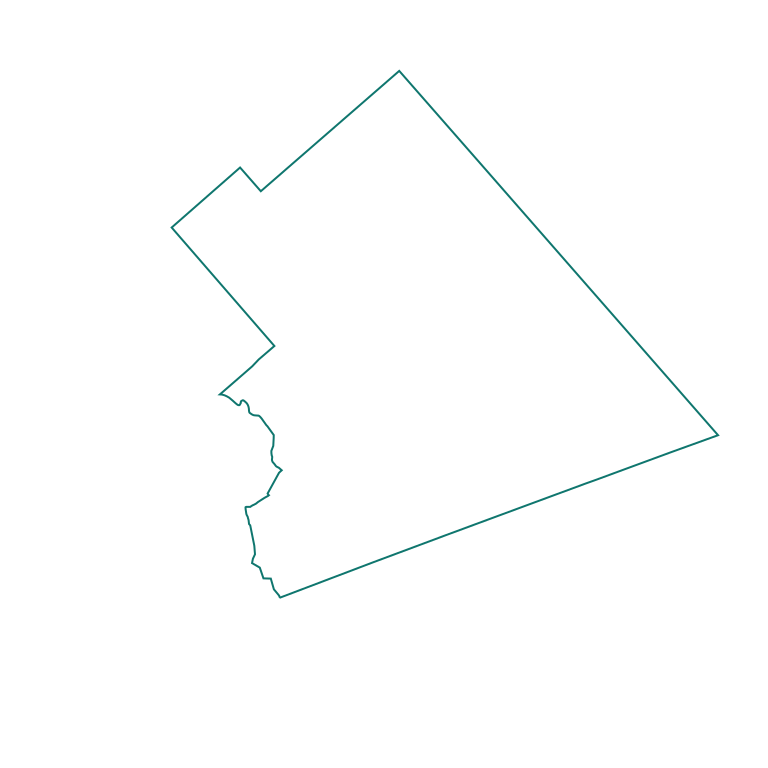 Yuma, Arizona, United States of America, rotated 319°
{"feature_id": "52423323B36944168134022", "entity_name": "Yuma", "entity_type": "district", "adm_level": 2, "iso_a3": "USA", "parent_name": "United States of America", "parent_adm1": "Arizona", "projection": "natural_earth1", "projection_center": [-114.473, 32.752], "detail": "fine", "context": "isolated", "style": "outline", "palette": "teal", "viewbox_px": 768, "rotation_deg": 319, "n_neighbors": 0, "source": "geoboundaries", "source_scale": "gbopen_adm2", "svg_char_len": 1438}
<svg xmlns="http://www.w3.org/2000/svg" viewBox="0 0 768 768"><g transform="rotate(319 384 384)"><path d="M253.3,284.2L253.7,284.6L254.8,285.7L256.3,288.0L257.3,290.2L258.2,292.8L258.9,297.3L259.4,301.4L259.8,303.5L260.2,304.4L261.0,305.1L261.5,305.1L263.6,304.3L263.9,303.7L265.1,303.2L266.7,303.6L267.2,304.2L267.6,306.2L267.8,308.4L267.6,310.0L267.2,311.3L266.7,312.5L265.8,314.0L264.5,315.7L263.8,317.0L263.7,317.6L264.3,320.1L265.0,321.8L265.9,322.9L268.6,325.6L268.8,326.1L269.0,327.5L269.0,329.7L268.2,337.8L268.3,339.4L267.3,350.2L265.2,352.5L259.8,358.1L259.2,358.4L259.0,358.5L255.1,360.6L253.6,362.4L252.3,364.4L252.1,365.2L251.6,365.9L249.6,367.8L249.1,368.9L248.8,369.7L248.8,372.8L248.6,374.8L248.7,375.8L249.7,378.3L250.2,382.0L246.6,382.1L224.3,390.3L224.0,392.0L224.1,392.4L223.2,392.4L219.0,391.5L211.5,390.4L211.3,390.4L208.8,390.3L205.9,389.6L205.5,389.4L203.8,389.1L202.5,389.0L199.5,386.4L199.0,386.2L198.6,386.2L197.5,387.6L194.9,391.7L194.5,392.6L194.0,394.8L193.4,395.9L192.5,397.9L190.3,401.1L190.3,402.8L190.2,403.1L180.0,421.0L174.9,427.9L170.4,429.9L166.9,432.6L169.8,441.1L165.5,451.6L170.9,456.6L166.2,466.7L166.0,475.0L165.5,476.0L165.6,477.1L257.9,511.1L331.6,538.7L470.1,591.1L479.3,594.7L555.4,623.6L602.5,641.8L602.0,473.2L601.7,378.1L601.4,285.7L600.9,157.7L417.5,157.7L417.4,126.2L326.4,126.6L326.2,283.4L305.5,283.3L296.1,284.2L253.3,284.2Z" fill="none" stroke="#0f766e" stroke-width="2"/></g></svg>